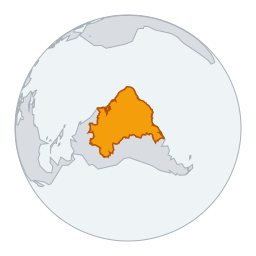 Brazil on an orthographic globe, rotated 291°
{"feature_id": "BRA", "entity_name": "Brazil", "entity_type": "country or territory", "adm_level": 0, "iso_a3": "BRA", "parent_name": "South America", "parent_adm1": "", "projection": "orthographic", "projection_center": [-55.283, -14.242], "detail": "fine", "context": "on_globe", "style": "filled", "palette": "amber", "viewbox_px": 256, "rotation_deg": 291, "n_neighbors": 0, "source": "natural_earth", "source_scale": "50m", "svg_char_len": 10801}
<svg xmlns="http://www.w3.org/2000/svg" viewBox="0 0 256 256"><g transform="rotate(291 128 128)"><circle cx="128" cy="128" r="113" fill="#eef3f6" stroke="#a8b0b8"/><path d="M96.0,20.0L97.1,19.7L100.3,18.9L99.6,19.2L102.7,18.3L102.7,18.2L104.1,17.9L106.0,17.5L105.4,17.7L104.4,17.9L105.2,17.8L104.1,18.1L105.7,17.8L104.8,18.3L108.5,17.2L110.1,17.2L108.7,17.7L105.3,18.3L93.6,22.1L91.1,23.4L91.2,24.3L98.8,24.3L97.6,25.7L98.6,27.1L100.9,25.8L100.9,24.4L105.5,22.7L105.0,21.4L106.8,20.7L107.7,19.5L111.4,19.1L114.5,19.5L113.9,20.6L115.3,20.9L119.0,19.6L120.9,21.9L127.4,23.9L127.5,24.8L122.0,26.4L114.1,26.7L107.0,30.1L115.5,27.5L115.6,30.2L117.2,30.7L119.5,30.4L121.0,29.3L121.8,30.4L113.7,33.0L112.8,32.1L115.4,31.2L111.7,31.5L106.2,33.9L106.7,35.4L97.9,38.5L98.1,39.7L96.4,41.3L96.6,39.0L96.0,43.4L85.8,49.8L84.8,58.8L81.5,52.4L77.8,52.3L73.1,53.4L72.8,54.8L67.0,55.1L61.0,59.5L57.5,67.5L58.6,72.9L65.2,71.5L67.7,67.7L72.8,66.0L68.0,75.9L76.8,75.7L75.2,83.1L77.6,86.5L82.3,84.9L87.1,86.1L90.9,81.4L96.8,78.5L96.6,84.5L100.1,78.8L103.3,81.4L115.3,80.7L114.3,82.1L124.4,89.1L135.8,92.4L138.4,97.1L137.0,100.0L141.1,100.9L141.1,102.8L157.7,106.8L166.4,112.5L166.3,119.4L159.4,126.8L153.9,143.9L141.6,149.0L139.0,156.2L130.4,166.8L122.9,165.9L125.6,171.4L121.9,174.7L117.2,175.0L117.0,178.9L113.5,179.1L116.2,181.6L111.6,187.0L114.0,191.1L110.9,195.5L112.7,197.9L111.1,197.9L109.8,199.0L110.0,200.4L104.8,198.4L102.2,192.8L103.2,189.9L101.1,189.6L103.1,182.1L101.2,183.7L99.8,173.0L101.5,164.1L100.8,139.7L98.0,135.2L89.4,130.5L79.0,114.9L81.4,107.9L79.2,105.0L86.2,95.0L84.6,86.9L82.3,86.1L79.7,89.5L71.9,85.6L69.6,80.1L48.3,76.2L46.6,74.1L47.6,69.6L45.5,58.5L44.1,70.1L42.3,68.6L41.8,64.9L43.3,63.2L44.6,57.6L43.7,56.5L47.8,49.8L57.7,40.1L57.3,40.7L59.7,38.7L60.4,37.9L60.3,38.0L66.9,33.4L73.8,29.3L80.9,25.7L88.3,22.6L96.0,20.0ZM83.7,62.1L93.8,65.6L87.5,66.8L88.8,65.8L86.3,64.2L81.6,63.1L76.2,64.9L83.7,62.1ZM89.4,56.3L87.6,56.1L89.4,55.9L89.4,56.3ZM60.0,38.2L58.7,39.4L58.2,39.7L59.3,38.7L60.0,38.2ZM105.6,19.8L106.6,19.6L105.9,19.9L105.6,19.8ZM105.0,19.5L103.5,20.0L103.0,20.0L103.9,19.7L105.0,19.5ZM107.1,19.0L102.3,19.8L101.4,19.8L104.4,18.7L107.1,19.0ZM101.9,18.4L102.0,18.5L100.2,18.9L101.9,18.4ZM116.1,16.0L114.2,16.2L114.4,16.2L116.1,16.0ZM113.8,202.8L105.4,199.2L110.0,200.8L112.2,198.4L117.0,201.3L113.8,202.8ZM120.8,196.8L124.0,195.6L125.0,196.3L123.0,197.3L120.8,196.8ZM215.9,57.6L216.6,58.5L210.9,51.9L209.1,49.9L201.1,42.7L202.9,44.5L210.6,51.7L209.6,50.7L212.1,53.8L209.4,50.7L200.5,43.0L198.1,42.8L200.3,49.5L197.8,49.5L193.2,47.2L187.1,39.4L193.4,40.4L191.4,38.2L185.5,34.4L188.0,35.2L186.4,34.0L188.3,34.4L186.6,32.4L187.9,32.8L182.9,29.7L185.8,31.4L188.6,33.1L189.6,33.7L196.9,38.9L203.7,44.6L210.1,50.9L215.9,57.6ZM187.5,32.3L186.2,31.5L187.5,32.3ZM180.0,28.1L179.3,27.8L174.0,25.2L173.5,25.0L180.0,28.1ZM235.5,161.6L234.0,165.0L230.8,172.9L229.4,174.5L227.1,178.8L224.1,182.5L220.3,185.4L217.5,182.8L219.9,178.6L222.5,169.5L227.3,148.9L230.8,141.0L231.6,134.2L229.3,118.0L230.0,110.5L228.7,106.7L226.4,106.6L224.6,102.1L222.9,101.5L210.6,101.0L205.1,95.0L194.6,79.0L195.6,73.6L192.8,67.1L197.4,49.5L201.6,51.5L209.0,52.4L210.5,53.6L213.3,57.8L221.7,66.5L220.1,63.5L222.5,66.8L226.8,73.8L230.5,81.2L233.6,88.8L236.2,96.6L238.2,104.6L239.6,112.7L240.4,120.9L240.6,129.2L240.2,137.4L239.3,145.6L237.7,153.6L235.5,161.6ZM199.7,58.7L200.5,60.4L200.5,60.5L199.7,58.7ZM115.7,80.6L117.1,81.7L115.1,81.8L115.7,80.6ZM86.4,69.2L88.6,69.1L89.7,69.8L87.9,70.3L86.4,69.2ZM106.1,67.6L108.9,68.0L105.9,68.6L106.1,67.6ZM95.4,66.0L103.9,67.6L98.2,69.6L92.9,68.8L96.7,68.0L95.4,66.0ZM87.8,59.4L89.1,59.6L88.5,60.7L87.8,59.4ZM90.7,56.1L90.2,56.3L89.6,55.6L90.7,56.1ZM116.0,30.1L116.7,29.9L118.9,29.9L117.7,30.4L116.0,30.1ZM129.9,27.9L131.0,29.6L129.4,28.6L127.8,29.4L122.6,28.5L127.3,25.2L126.1,26.7L129.9,27.9ZM116.8,26.8L119.6,27.4L116.3,26.9L116.8,26.8ZM175.6,27.8L177.8,28.6L179.2,29.8L177.5,30.1L175.4,28.4L175.6,27.8ZM180.4,29.7L173.6,26.0L174.4,26.0L175.1,26.6L176.3,26.9L177.8,28.0L185.2,32.0L186.9,33.3L182.9,32.6L183.2,32.0L181.1,31.0L180.4,29.7ZM154.9,19.6L151.9,18.8L157.4,19.5L159.5,20.2L158.0,20.4L154.6,19.6L154.9,19.6ZM113.3,17.2L111.8,17.4L113.3,17.0L113.3,17.2ZM111.8,16.5L110.8,16.7L113.7,16.3L113.1,16.4L115.2,16.1L119.9,16.3L118.4,16.5L122.9,16.8L120.9,17.5L118.0,17.2L119.8,18.1L116.4,18.2L118.0,18.9L111.9,18.1L108.9,18.5L113.0,17.8L115.0,17.1L115.0,16.9L112.7,16.7L107.2,17.4L108.3,17.1L109.6,16.9L111.8,16.5ZM145.1,16.7L146.8,16.9L145.3,16.7L148.6,17.3L145.8,16.8L146.4,17.1L148.8,17.4L140.5,17.6L139.2,18.6L139.6,19.8L134.7,19.2L131.2,17.9L129.0,16.6L131.0,16.0L128.4,16.0L128.6,15.8L130.5,15.8L127.7,15.6L128.3,15.5L126.4,15.4L125.2,15.4L135.2,15.6L145.1,16.7ZM210.1,52.4L210.8,52.9L211.6,53.3L213.2,55.4L210.1,52.4ZM204.1,47.1L204.5,47.1L207.1,49.9L206.3,49.5L204.1,47.1ZM202.4,44.9L204.3,46.9L202.8,45.5L202.4,44.9ZM186.0,31.4L186.1,31.5L187.0,32.0L187.9,32.6L186.0,31.4ZM218.6,61.0L218.2,60.5L217.8,60.0L218.1,60.4L218.6,61.0Z" fill="#d9dde1" stroke="#a8b0b8" stroke-width="1"/><path d="M105.4,98.5L106.4,99.3L106.9,99.3L107.7,98.9L108.0,99.1L107.9,99.4L108.1,99.4L108.8,98.6L110.5,97.7L110.9,96.9L112.0,96.5L112.1,96.0L110.9,95.9L110.9,95.5L110.5,94.6L110.5,93.8L109.7,93.1L109.4,92.6L109.9,92.8L110.6,92.8L110.9,93.2L112.3,93.1L113.0,93.7L113.4,93.6L113.5,92.9L114.1,92.7L114.6,92.8L115.2,92.6L116.3,91.9L116.8,91.9L117.5,91.2L117.3,90.6L117.5,90.6L118.5,90.5L118.8,90.8L118.5,91.8L119.3,92.1L119.3,92.4L119.6,92.9L119.0,93.6L119.1,94.0L118.8,95.3L119.0,95.9L119.2,96.1L119.2,96.8L119.4,97.1L120.2,97.7L121.0,98.1L121.7,97.9L121.7,97.6L122.0,97.3L122.6,97.4L122.7,97.2L123.5,97.1L123.9,96.6L124.4,96.5L124.9,96.7L125.6,96.6L126.7,96.8L126.8,96.4L126.3,96.0L126.7,95.5L127.1,95.7L128.6,95.4L129.2,95.9L130.3,96.3L131.0,95.8L131.5,96.0L131.8,95.9L132.0,96.1L132.6,96.2L133.2,95.7L133.8,94.3L135.3,92.2L135.5,92.2L136.0,92.6L137.0,96.3L137.5,96.9L138.5,97.3L138.6,98.2L137.8,98.8L136.9,100.0L135.9,100.5L135.0,101.8L135.0,102.3L134.6,102.6L134.5,102.9L134.0,102.9L133.1,103.3L134.1,103.5L134.6,103.4L136.6,102.2L136.7,102.4L136.6,102.5L137.0,103.7L137.6,104.2L138.4,103.9L138.9,104.1L139.7,103.8L139.1,105.5L139.4,105.2L139.9,104.1L140.3,104.0L140.9,103.3L141.4,103.6L141.6,103.3L141.4,103.1L141.4,102.7L142.1,101.9L143.1,101.8L143.4,102.0L143.4,101.8L143.7,101.8L144.6,102.1L145.0,102.5L145.7,102.6L146.9,103.3L147.2,103.3L147.5,104.0L148.0,103.5L148.6,104.1L148.8,104.1L149.0,104.7L148.6,105.1L148.7,105.3L149.2,104.9L149.3,105.3L149.0,105.4L148.9,105.7L148.6,106.9L149.2,106.4L149.6,105.5L149.8,105.6L149.6,106.2L150.1,105.8L151.1,105.7L151.2,105.4L152.1,105.6L153.4,106.4L154.1,106.3L154.8,106.7L156.8,106.6L157.7,106.8L160.5,108.6L161.3,109.6L162.1,110.4L162.7,110.7L162.9,111.1L164.0,111.6L165.1,111.6L165.9,111.8L166.4,112.7L167.1,116.1L167.0,117.4L166.7,118.3L166.3,119.2L165.4,120.4L165.1,120.7L164.9,120.6L164.9,120.9L163.8,122.1L162.8,122.7L162.0,123.7L162.0,123.4L161.3,125.1L160.2,126.4L159.7,126.6L159.7,126.2L159.4,125.9L159.1,126.2L159.2,126.5L159.1,127.0L158.7,127.4L158.5,127.8L158.5,128.7L158.6,128.8L158.7,128.7L158.4,129.9L158.6,132.3L157.8,134.8L157.8,135.8L156.8,136.9L156.4,139.4L155.9,139.7L155.1,141.3L154.3,141.9L154.0,142.5L153.8,143.0L153.8,144.0L152.5,144.5L151.9,145.0L152.0,145.4L151.8,145.7L150.1,145.7L149.8,145.2L149.7,145.3L149.7,145.7L148.5,145.8L148.3,145.8L148.9,145.7L148.5,145.5L147.1,145.7L147.1,146.0L145.8,146.7L145.6,147.1L144.7,147.0L143.0,147.8L141.0,149.3L141.0,149.6L140.5,150.0L140.6,149.8L140.2,149.7L140.1,150.1L139.6,149.9L139.7,150.1L140.2,150.4L139.9,150.8L139.7,150.8L139.8,151.0L139.7,151.5L139.7,151.9L139.6,152.5L139.7,153.4L139.5,154.1L139.5,155.1L139.2,156.0L138.3,156.6L137.5,157.5L136.4,159.5L135.3,161.0L133.4,162.6L133.4,162.1L133.7,162.1L134.0,162.0L134.7,161.4L134.9,160.8L135.2,160.7L135.3,160.4L135.8,160.0L135.7,159.5L136.0,159.5L136.0,159.2L135.2,159.4L134.8,158.7L134.8,159.1L135.0,159.3L134.8,160.1L134.6,159.9L134.4,160.7L133.6,161.2L133.2,162.2L133.2,162.7L132.3,164.5L131.1,165.6L130.9,165.5L130.9,164.6L131.6,163.7L130.8,163.1L130.5,162.5L129.8,162.1L129.2,161.4L128.2,161.0L127.5,160.2L127.1,160.5L126.8,160.6L126.7,160.1L125.4,158.8L124.9,158.9L124.7,159.1L124.0,159.0L125.2,157.8L126.9,155.5L127.3,155.5L127.2,155.2L128.3,154.5L128.8,153.9L129.7,153.7L130.5,153.1L130.7,152.7L130.8,151.4L130.5,150.3L130.3,150.1L129.2,150.1L129.5,149.3L129.7,147.3L129.9,147.2L129.2,146.7L128.2,147.1L127.8,147.0L127.3,144.9L127.4,144.5L127.1,143.9L126.2,143.7L125.9,143.4L125.5,143.7L125.0,143.7L123.3,143.5L123.1,143.3L123.3,141.3L122.7,139.7L123.2,139.3L122.7,138.8L123.5,137.5L123.4,137.2L123.9,135.8L123.2,134.5L122.9,134.5L122.2,133.9L122.0,132.9L122.2,132.1L118.8,132.1L118.6,130.5L118.0,129.8L118.5,129.8L118.5,128.8L118.1,128.0L118.2,127.7L118.0,127.2L116.9,126.7L115.6,126.8L114.9,126.1L113.7,125.8L113.1,125.2L112.6,125.2L111.9,124.8L111.5,124.9L110.5,124.8L110.3,124.4L109.4,123.9L109.2,123.5L108.6,122.5L108.7,122.1L108.5,121.1L108.7,120.4L108.5,119.5L106.3,120.0L104.7,121.0L104.2,121.6L103.5,121.7L103.1,122.3L102.5,122.6L101.3,122.3L100.0,122.4L99.3,122.7L98.9,122.5L98.7,122.6L98.6,120.3L98.8,119.5L97.5,120.7L95.8,120.9L95.8,120.5L95.3,119.9L93.8,119.8L94.2,119.2L93.1,117.8L92.6,117.0L92.7,116.7L92.2,116.3L92.2,116.0L92.7,115.8L92.5,115.4L92.6,115.0L93.7,114.1L93.5,113.4L93.9,112.4L94.1,111.4L96.0,110.1L97.6,109.7L97.9,109.3L98.7,109.2L99.0,109.5L99.5,109.5L100.5,103.4L100.1,102.6L100.1,102.1L99.2,101.5L99.3,100.1L100.4,99.7L101.0,99.8L101.0,99.5L100.7,99.1L99.7,99.2L99.7,97.9L100.3,97.8L102.9,97.7L102.7,97.5L102.8,97.2L103.3,97.6L104.4,96.9L104.9,97.6L105.0,98.6L105.4,98.5ZM139.1,100.9L140.1,100.8L141.5,101.1L141.2,102.2L140.6,102.8L140.6,103.1L140.2,103.3L140.0,103.1L139.9,103.5L139.3,103.3L139.2,103.7L138.7,103.8L138.2,103.7L137.4,103.8L136.9,102.7L137.2,102.5L137.0,102.4L136.8,102.1L137.1,100.9L137.9,100.6L139.1,100.9ZM135.9,102.3L134.6,103.1L135.1,102.4L135.1,102.0L135.3,101.6L135.9,101.4L136.1,101.6L135.9,102.3ZM137.8,100.0L139.0,100.0L138.5,100.5L137.7,100.3L137.8,100.0ZM137.7,99.9L137.5,100.4L137.1,100.3L137.6,99.3L137.7,99.9ZM139.5,100.6L138.9,100.7L138.7,100.6L139.3,100.3L139.6,100.4L139.5,100.6ZM137.1,100.6L136.6,101.0L136.3,100.8L136.4,100.6L136.7,100.5L137.1,100.5L137.1,100.6ZM138.1,99.7L137.9,99.7L137.8,99.4L138.3,99.2L138.1,99.7ZM137.8,96.7L137.5,96.8L137.4,96.3L137.7,96.3L137.8,96.7ZM140.0,153.8L139.7,154.6L139.7,154.1L140.0,153.8ZM145.9,146.9L145.9,147.4L145.6,147.3L145.9,146.9ZM139.8,151.9L139.6,151.7L139.9,151.5L139.8,151.9ZM149.0,106.4L148.9,106.6L148.9,106.1L149.1,106.0L149.0,106.4ZM159.5,126.7L159.2,126.8L159.4,126.5L159.5,126.7ZM148.0,145.9L147.7,146.0L147.6,145.9L147.8,145.8L148.0,145.9ZM158.9,127.4L158.7,127.7L158.9,127.4ZM148.3,103.3L148.2,103.4L148.1,103.2L148.3,103.3Z" fill="#f59e0b" stroke="#b45309" stroke-width="1.5"/></g></svg>